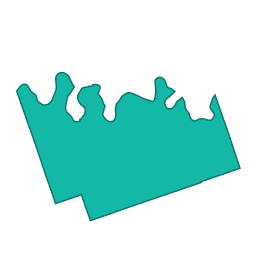 Bolivar, Mississippi, United States of America (Albers equal-area conic projection), rotated 71°
{"feature_id": "52423323B48999249202093", "entity_name": "Bolivar", "entity_type": "district", "adm_level": 2, "iso_a3": "USA", "parent_name": "United States of America", "parent_adm1": "Mississippi", "projection": "albers", "projection_center": [-91.039, 33.825], "detail": "fine", "context": "isolated", "style": "filled", "palette": "teal", "viewbox_px": 256, "rotation_deg": 71, "n_neighbors": 0, "source": "geoboundaries", "source_scale": "gbopen_adm2", "svg_char_len": 2852}
<svg xmlns="http://www.w3.org/2000/svg" viewBox="0 0 256 256"><g transform="rotate(71 128 128)"><path d="M203.3,76.6L202.5,76.6L202.5,35.2L166.0,34.8L125.2,35.0L125.4,35.4L127.1,37.8L127.7,38.4L134.2,43.3L135.0,43.5L136.1,43.6L139.5,43.0L141.5,42.0L142.9,42.0L144.3,42.4L145.3,43.1L145.9,43.6L147.1,45.6L147.5,46.8L147.5,47.5L147.1,48.8L146.4,50.2L144.5,52.7L143.4,54.4L143.0,55.4L142.8,56.3L142.7,58.3L143.1,60.3L143.2,61.8L143.1,62.6L142.7,63.5L141.8,64.4L140.0,65.4L136.0,66.0L134.1,65.6L133.6,65.6L130.7,66.8L128.7,67.2L126.7,67.3L124.5,66.5L121.3,66.1L119.7,66.2L118.2,66.4L116.8,66.9L118.9,72.9L119.6,74.0L121.3,75.4L123.7,79.2L123.8,80.4L123.2,83.1L122.8,83.8L122.2,84.5L121.3,84.9L119.7,85.3L118.0,85.4L116.9,85.3L115.0,84.5L113.7,83.5L112.9,82.1L112.4,80.1L110.1,74.6L108.8,71.9L104.9,74.4L103.3,76.3L102.5,77.1L101.1,77.6L97.4,77.6L95.1,77.8L94.0,78.1L93.0,78.5L92.0,79.2L90.7,80.7L90.4,81.5L90.2,82.4L90.2,83.6L90.5,85.1L91.0,86.0L91.7,86.7L93.0,87.3L101.5,89.5L104.3,90.6L108.4,92.7L110.3,94.2L111.0,95.2L111.1,95.9L110.9,96.4L109.1,98.4L106.8,101.9L104.1,104.9L99.2,109.8L97.7,111.5L95.2,114.9L94.7,116.3L94.6,117.8L95.1,120.3L96.0,123.2L96.7,124.2L98.9,126.8L99.9,128.3L100.7,130.0L101.4,131.1L102.6,131.9L107.1,134.1L108.5,134.5L111.7,135.1L113.7,136.1L115.9,138.3L116.5,139.7L116.7,140.8L116.5,142.1L116.0,143.2L115.3,144.3L113.7,145.7L110.4,147.1L107.6,147.6L106.7,147.4L99.6,142.6L97.9,143.0L91.3,143.4L90.4,143.6L85.6,145.2L84.5,143.9L82.8,142.5L81.4,141.6L80.1,141.1L79.1,141.2L78.7,141.3L77.7,142.3L77.1,143.1L76.5,144.2L75.7,146.2L75.8,147.3L76.1,147.9L76.7,148.3L76.8,148.6L76.6,149.8L75.8,151.2L75.8,151.9L76.2,152.6L75.3,155.9L75.3,157.2L75.5,158.3L75.8,159.0L79.0,163.0L80.8,164.7L82.9,165.8L85.5,166.0L87.2,165.9L90.2,165.1L94.0,162.9L95.8,162.3L97.0,162.4L98.0,162.8L99.2,163.5L101.5,165.5L102.9,167.5L103.5,168.5L104.0,169.7L104.3,170.9L105.0,171.0L105.8,171.3L105.8,173.2L105.5,174.3L104.7,176.0L104.1,176.5L101.6,177.5L100.5,177.5L98.2,178.0L96.1,179.2L93.1,180.6L91.7,180.9L90.6,180.9L89.1,180.6L87.2,179.9L79.5,175.5L78.7,174.8L75.9,170.7L71.5,165.2L71.1,165.3L70.2,165.8L67.6,166.4L63.9,166.8L61.1,166.9L59.9,167.2L58.1,168.0L55.9,169.6L54.6,171.3L54.0,172.7L53.7,174.5L53.9,176.4L54.3,177.3L55.2,178.5L56.3,179.5L58.3,180.5L65.1,182.1L67.0,182.8L68.8,183.9L70.6,185.3L74.2,188.6L77.2,190.9L78.5,192.8L78.8,193.9L79.4,195.5L79.5,197.1L79.2,199.1L79.0,199.9L78.5,200.7L77.4,201.8L73.8,204.4L72.4,204.8L71.5,204.8L67.5,204.3L66.9,204.4L66.2,204.8L64.1,206.4L61.7,207.7L60.4,208.2L55.6,209.0L54.9,209.2L53.7,210.1L53.1,211.1L53.0,211.3L52.7,212.3L52.7,213.8L53.4,215.6L54.3,217.5L56.1,220.3L57.1,221.2L121.2,220.9L149.0,221.2L160.3,221.0L175.9,221.1L175.9,212.2L175.9,199.0L175.8,193.8L203.3,193.7L203.3,170.7L203.2,166.0L203.1,140.7L203.2,119.1L203.3,76.6Z" fill="#14b8a6" stroke="#0f766e" stroke-width="1.5"/></g></svg>